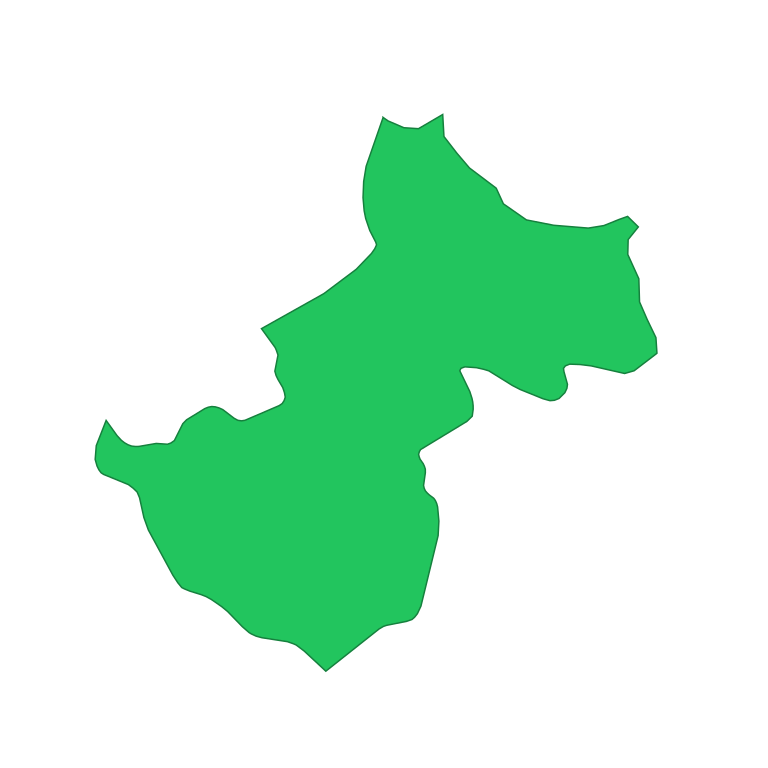 SVG path tracing the border of Mahdia, rotated 311°
{"feature_id": "TUN-116", "entity_name": "Mahdia", "entity_type": "Governorate", "adm_level": 1, "iso_a3": "TUN", "parent_name": "Tunisia", "parent_adm1": "", "projection": "equal_earth", "projection_center": [10.61, 35.335], "detail": "fine", "context": "isolated", "style": "filled", "palette": "green", "viewbox_px": 768, "rotation_deg": 311, "n_neighbors": 0, "source": "natural_earth", "source_scale": "10m", "svg_char_len": 2184}
<svg xmlns="http://www.w3.org/2000/svg" viewBox="0 0 768 768"><g transform="rotate(311 384 384)"><path d="M584.6,208.4L585.2,214.4L590.4,230.8L599.3,242.5L625.9,251.5L610.1,266.9L606.0,287.6L603.1,306.8L605.4,340.2L598.3,355.9L601.3,383.9L615.1,407.9L635.7,435.9L647.8,446.0L662.3,453.4L670.3,457.9L669.4,472.9L653.2,473.5L641.7,483.0L630.6,507.3L613.6,523.0L605.4,540.2L597.4,558.8L586.3,569.8L585.5,569.7L558.1,564.1L549.8,558.7L533.6,528.5L527.4,519.3L520.8,511.1L516.7,509.0L513.6,509.2L511.4,511.7L504.1,522.7L500.7,524.9L496.1,526.2L487.9,525.6L483.5,523.3L480.3,520.2L477.2,513.7L469.2,490.4L467.1,481.8L462.7,454.5L460.6,449.8L457.0,443.1L450.0,433.8L446.3,431.8L443.7,432.5L434.6,453.7L430.9,459.8L428.7,462.7L426.1,465.5L423.4,467.9L417.6,471.7L410.2,471.1L358.5,454.6L356.1,455.1L353.7,456.2L352.2,458.2L350.9,460.6L349.6,465.8L348.4,468.5L346.8,471.1L344.2,473.4L333.4,480.4L331.7,482.7L330.5,485.3L330.1,488.2L330.0,491.1L330.4,496.3L330.1,498.0L329.5,499.8L328.3,502.3L326.4,505.1L316.5,515.4L305.1,524.3L240.6,557.6L232.5,559.9L228.0,560.1L224.6,559.6L219.9,556.9L203.6,544.3L200.7,542.6L195.9,541.0L129.1,528.5L130.1,499.0L129.4,488.9L128.5,486.0L126.2,480.2L112.4,458.3L109.8,452.9L108.3,447.7L107.9,445.3L107.9,443.7L107.9,436.4L109.7,415.2L109.5,407.5L108.1,395.0L106.9,389.3L105.1,384.2L100.4,373.6L98.4,367.7L97.7,364.9L98.7,358.9L101.2,350.1L119.2,302.0L125.7,290.4L137.8,274.1L140.5,268.6L140.8,262.9L140.4,257.1L131.8,231.7L131.4,228.7L132.2,225.1L133.8,221.3L137.6,215.5L148.7,207.3L174.2,198.2L169.9,216.4L169.2,222.7L169.4,226.7L170.2,230.7L171.6,234.3L173.7,237.3L176.0,239.9L189.7,251.1L196.5,260.1L199.7,261.9L203.8,262.9L222.1,258.2L227.5,258.5L247.9,264.9L251.2,266.6L254.0,268.8L256.1,271.7L257.7,275.1L258.9,279.1L259.8,293.3L260.7,297.5L262.7,300.6L265.4,302.9L299.0,319.1L302.5,320.0L306.0,319.5L309.3,318.1L312.2,314.5L314.9,309.9L317.8,301.2L319.6,297.0L322.1,293.2L336.3,285.0L338.8,280.7L340.1,278.0L345.4,255.2L412.7,279.3L452.4,287.8L474.2,288.9L480.0,288.3L484.1,287.1L485.6,284.8L490.5,272.6L496.9,261.6L501.7,255.4L510.9,245.9L523.5,235.8L536.6,227.7L584.5,208.5L584.6,208.4Z" fill="#22c55e" stroke="#15803d" stroke-width="1.5"/></g></svg>